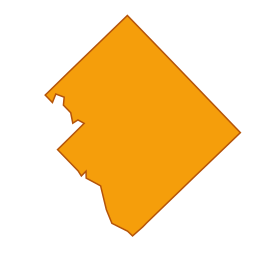 outline of Douglas, Kansas, United States of America, rotated 226°
{"feature_id": "52423323B27680386687598", "entity_name": "Douglas", "entity_type": "district", "adm_level": 2, "iso_a3": "USA", "parent_name": "United States of America", "parent_adm1": "Kansas", "projection": "orthographic", "projection_center": [-95.249, 38.904], "detail": "fine", "context": "isolated", "style": "filled", "palette": "amber", "viewbox_px": 256, "rotation_deg": 226, "n_neighbors": 0, "source": "geoboundaries", "source_scale": "gbopen_adm2", "svg_char_len": 536}
<svg xmlns="http://www.w3.org/2000/svg" viewBox="0 0 256 256"><g transform="rotate(226 128 128)"><path d="M209.2,91.3L198.8,91.3L202.6,99.7L194.5,103.5L189.3,97.4L178.8,97.4L169.8,91.6L168.6,97.6L161.8,99.7L161.6,84.6L161.4,62.3L131.7,62.3L125.9,61.1L126.1,67.8L121.0,63.1L105.4,68.1L84.3,55.7L70.6,50.2L54.1,56.0L47.2,56.3L46.6,70.0L46.8,75.9L46.8,144.0L46.7,164.6L46.6,205.6L132.6,205.8L141.6,205.8L168.7,205.8L209.4,205.7L209.4,178.4L209.4,144.2L209.4,123.7L209.2,91.3Z" fill="#f59e0b" stroke="#b45309" stroke-width="1.5"/></g></svg>